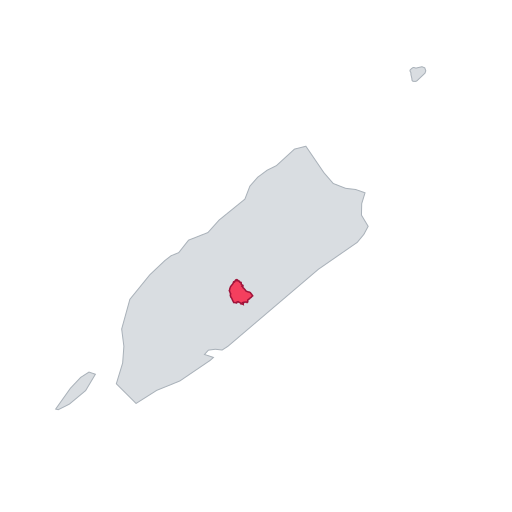 Morovis, Puerto Rico shown in context, rotated 138°
{"feature_id": "32010507B35991649080507", "entity_name": "Morovis", "entity_type": "district", "adm_level": 2, "iso_a3": "PRI", "parent_name": "Puerto Rico", "parent_adm1": "", "projection": "mercator", "projection_center": [-66.426, 18.317], "detail": "fine", "context": "in_parent", "style": "filled", "palette": "rose", "viewbox_px": 512, "rotation_deg": 138, "n_neighbors": 0, "source": "geoboundaries", "source_scale": "gbopen_adm2", "svg_char_len": 2588}
<svg xmlns="http://www.w3.org/2000/svg" viewBox="0 0 512 512"><g transform="rotate(138 256 256)"><path d="M348.6,213.9L354.4,217.9L360.2,217.3L355.5,209.1L359.8,209.1L396.2,214.1L419.7,222.6L443.8,226.7L445.3,254.5L426.7,265.7L414.6,277.3L404.7,291.6L378.7,308.2L347.4,313.1L326.6,313.6L318.8,313.0L311.2,310.2L295.5,312.9L276.0,305.6L259.3,307.4L226.2,305.7L213.8,312.0L202.0,313.4L190.3,312.3L180.4,309.5L155.9,309.7L145.5,304.2L149.8,272.5L150.1,258.2L144.1,246.3L137.5,238.8L132.7,230.0L142.4,224.2L150.3,215.8L152.8,203.0L161.4,199.9L171.6,198.4L218.5,204.4L337.3,207.7L344.1,208.8L348.6,213.9ZM482.4,281.9L467.5,283.1L457.8,281.5L454.5,275.6L472.6,270.0L493.7,270.8L505.8,274.1L507.3,276.3L482.4,281.9ZM17.0,291.1L15.2,291.2L13.4,291.0L12.6,290.5L11.4,288.6L6.0,285.6L4.7,282.9L5.9,280.0L8.1,278.8L19.1,278.5L20.3,278.8L22.5,280.8L22.5,282.2L21.4,283.6L19.5,287.1L18.7,288.0L18.1,288.9L17.8,290.5L17.0,291.1Z" fill="#d9dde1" stroke="#a8b0b8" stroke-width="1"/><path d="M286.5,251.4L287.2,251.8L287.5,251.6L288.2,251.5L288.3,251.4L288.6,251.5L288.9,251.4L289.1,251.2L289.4,251.4L289.5,251.3L289.7,251.7L289.9,251.8L290.3,251.6L291.0,251.2L291.5,250.9L291.9,250.8L292.0,250.8L294.7,250.4L295.3,250.3L297.4,249.2L297.5,249.1L298.5,248.3L298.8,248.3L299.0,248.2L299.2,247.6L299.7,246.2L300.0,245.7L300.1,244.8L300.4,244.6L301.3,244.2L301.7,243.4L301.7,243.0L302.1,242.7L302.2,242.4L302.3,241.0L303.1,238.6L303.4,237.4L303.6,236.6L303.7,236.3L303.3,235.9L302.6,235.4L302.5,234.9L302.0,234.4L301.9,234.1L301.4,234.1L301.1,234.4L300.8,234.3L300.6,234.5L300.1,234.0L299.8,234.0L299.6,233.5L299.7,233.1L299.2,232.3L299.1,231.7L298.9,230.8L299.2,230.5L298.6,229.8L298.0,228.9L297.9,228.6L297.7,228.9L296.9,229.3L296.8,229.9L296.9,230.2L296.6,230.1L296.4,230.0L294.9,229.0L294.1,228.3L293.8,228.1L293.8,227.4L293.7,227.4L292.9,227.4L292.5,227.8L292.3,227.9L291.7,228.8L290.2,228.8L289.9,228.6L289.4,228.5L288.8,228.7L288.5,228.7L287.3,228.5L285.9,228.7L285.1,228.6L284.8,230.8L284.9,231.0L284.7,232.5L284.9,233.1L285.1,233.6L285.4,234.1L285.7,234.3L286.8,236.4L286.8,237.3L286.7,237.9L286.7,240.4L286.8,240.8L286.9,241.1L286.4,242.1L286.7,242.8L286.2,242.9L286.0,242.3L285.9,242.3L285.4,242.8L285.4,243.1L285.9,243.5L285.8,243.8L285.7,243.9L286.0,244.6L285.9,244.8L285.5,245.2L285.3,245.5L285.2,246.0L284.8,246.2L284.8,246.4L285.3,246.6L285.6,247.3L285.5,247.5L285.2,247.9L285.2,248.1L285.5,248.3L285.3,248.6L285.8,249.3L285.7,249.5L285.7,250.0L285.8,250.2L286.6,250.3L286.5,250.5L286.2,250.7L285.9,251.0L286.0,251.3L286.5,251.4Z" fill="#f43f5e" stroke="#9f1239" stroke-width="1.5"/></g></svg>